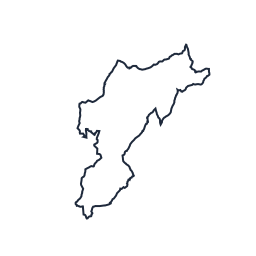 Sovarna, Mehedinti, Romania, rotated 113°
{"feature_id": "2599482B60135611715563", "entity_name": "Sovarna", "entity_type": "district", "adm_level": 2, "iso_a3": "ROU", "parent_name": "Romania", "parent_adm1": "Mehedinti", "projection": "orthographic", "projection_center": [22.8, 44.85], "detail": "fine", "context": "isolated", "style": "outline", "palette": "slate", "viewbox_px": 256, "rotation_deg": 113, "n_neighbors": 0, "source": "geoboundaries", "source_scale": "gbopen_adm2", "svg_char_len": 5840}
<svg xmlns="http://www.w3.org/2000/svg" viewBox="0 0 256 256"><g transform="rotate(113 128 128)"><path d="M151.9,170.0L150.7,167.1L151.9,165.4L153.0,164.9L153.5,165.3L153.1,162.5L151.2,163.5L150.2,163.8L149.0,164.3L146.7,165.8L145.3,166.3L145.0,165.7L145.1,165.3L144.8,164.8L145.6,164.4L145.6,163.6L146.1,162.5L145.5,160.6L146.3,160.2L146.5,159.2L146.9,158.3L146.9,157.2L147.3,156.9L147.4,156.1L146.9,156.0L145.7,156.3L145.3,156.2L144.7,155.6L142.8,155.5L142.0,153.2L144.2,152.9L149.2,152.8L150.5,152.4L150.9,151.3L152.8,150.5L153.7,150.6L154.7,151.3L156.4,152.6L157.4,152.2L157.6,151.8L158.9,148.2L163.8,146.4L163.1,143.9L163.6,142.7L165.8,140.9L168.1,141.9L168.9,142.4L170.2,143.6L171.8,143.8L173.1,144.4L174.2,144.7L174.8,144.6L175.4,144.7L176.6,144.5L177.0,144.9L177.4,146.9L178.8,148.1L179.5,148.5L181.1,149.9L182.7,151.1L183.0,150.9L185.1,150.2L186.4,150.1L188.8,149.5L190.2,149.8L190.7,150.3L191.8,150.9L192.4,151.0L194.0,150.4L197.7,149.5L198.7,148.9L201.5,145.5L204.1,145.3L205.0,145.2L205.5,144.8L207.5,144.7L209.1,144.2L211.6,144.6L213.7,145.7L215.7,146.1L216.2,146.7L216.6,146.7L217.2,147.0L218.2,146.6L218.6,146.3L218.8,145.3L219.5,144.8L219.1,144.4L219.2,143.9L219.3,142.9L219.1,142.4L219.2,141.3L218.8,140.4L217.9,139.2L217.8,138.9L225.0,135.1L224.8,133.9L224.9,133.3L225.5,132.5L227.0,131.2L227.4,130.5L226.9,129.9L225.6,129.6L224.8,129.2L224.2,128.6L223.8,127.6L223.4,127.4L222.3,127.6L221.8,127.9L221.0,127.5L220.3,127.5L219.1,129.2L217.7,129.2L216.1,129.5L215.0,129.5L214.0,129.3L213.4,128.3L212.6,127.6L210.9,123.5L208.4,119.3L208.4,119.0L205.8,115.7L204.3,114.5L203.9,114.9L204.4,115.4L204.1,115.5L203.5,115.2L203.3,114.7L203.0,114.8L200.9,114.4L199.6,114.4L198.5,113.5L194.9,112.6L192.3,112.6L188.5,111.1L186.8,111.4L186.6,110.1L184.2,109.0L184.4,107.6L181.8,106.1L180.0,106.5L179.6,107.2L179.0,107.1L178.2,107.4L177.9,107.3L177.4,107.5L176.2,107.1L175.4,107.4L175.1,107.0L174.3,106.7L174.6,106.2L172.9,106.2L172.3,105.3L171.0,105.2L170.5,104.6L170.3,104.2L169.7,104.0L169.0,105.0L168.6,105.1L168.1,105.8L167.6,106.0L166.5,107.4L165.8,108.4L165.7,109.1L165.2,109.7L164.9,109.8L164.3,110.6L163.5,111.1L162.4,113.0L162.0,115.5L161.6,115.9L161.5,116.8L160.8,118.6L160.4,119.4L159.7,119.8L159.2,120.2L157.8,120.9L155.4,122.3L154.0,121.1L153.0,121.0L151.9,121.4L150.9,121.4L149.9,120.8L149.5,120.1L148.6,120.1L147.0,119.6L144.4,119.5L143.8,119.4L142.1,119.6L139.3,118.9L136.4,117.7L135.0,117.4L134.2,117.0L130.3,114.6L129.1,114.4L128.0,113.9L127.1,113.7L126.5,113.4L125.2,113.6L124.5,113.2L124.5,112.9L123.8,113.0L122.8,112.8L119.6,113.1L117.8,113.1L117.0,112.9L116.9,112.4L115.9,112.3L115.2,112.3L115.0,112.1L114.7,112.4L114.6,112.1L114.3,112.1L112.9,113.1L111.2,113.9L111.1,114.0L111.2,114.4L110.9,114.5L110.6,114.5L110.2,114.3L109.3,113.9L107.8,113.9L105.1,112.6L104.2,111.7L103.8,111.5L103.0,111.3L102.4,111.2L102.0,111.3L101.1,111.0L99.4,110.3L101.7,108.6L102.6,107.7L104.0,106.8L105.3,105.2L106.5,104.2L106.6,103.9L106.7,103.2L107.2,102.4L108.4,101.5L110.1,100.8L111.2,100.1L112.1,99.3L109.5,99.0L108.0,99.5L106.9,99.4L105.0,99.0L104.1,98.6L103.6,98.1L102.4,97.5L101.9,97.0L100.4,95.9L98.4,95.1L96.9,94.8L93.2,95.6L90.2,95.6L88.2,95.3L85.9,95.4L85.4,95.8L84.9,96.0L83.1,96.1L81.7,96.4L80.7,96.3L79.0,96.5L78.8,96.3L78.4,96.2L77.8,96.3L76.5,96.1L74.3,96.7L73.4,97.4L73.6,96.0L73.5,95.9L72.6,94.7L72.9,94.3L73.2,93.6L73.6,93.1L73.3,92.1L72.7,92.0L71.1,90.6L70.5,90.3L69.9,90.1L68.1,90.2L66.2,89.3L65.9,89.2L63.3,85.8L62.0,85.2L62.0,84.3L61.7,83.1L60.5,81.3L60.1,80.4L59.6,78.0L59.0,77.4L58.2,77.0L56.9,76.7L56.5,76.7L55.3,77.0L54.0,76.8L52.7,76.9L51.9,76.3L50.6,75.7L49.4,75.6L48.8,74.8L47.3,74.0L47.1,73.9L45.6,74.6L44.7,75.4L42.0,76.6L42.3,77.3L42.6,78.7L43.1,79.7L44.5,80.8L45.1,81.1L45.9,82.0L47.2,82.7L47.5,82.8L48.4,85.2L49.3,86.4L49.6,86.8L49.9,86.9L50.2,87.3L49.6,87.7L50.0,88.1L48.9,88.9L48.6,89.4L48.5,91.0L48.7,91.8L48.5,92.4L47.9,92.9L47.6,93.8L47.5,94.3L47.1,94.4L46.3,94.0L44.8,94.1L43.3,94.0L42.7,94.3L42.1,94.2L41.4,94.5L41.1,94.9L40.8,96.4L40.3,96.9L40.3,97.2L39.9,97.3L40.0,97.7L39.8,98.0L38.6,98.8L36.6,101.0L35.5,101.3L31.7,103.8L30.8,104.9L30.4,105.3L30.2,105.6L28.9,106.5L28.6,106.8L28.6,107.1L30.8,107.2L31.4,107.2L31.8,106.9L33.7,106.3L34.5,106.4L35.6,107.4L36.2,107.5L37.7,107.4L38.3,107.6L39.1,109.0L40.5,110.3L40.6,112.0L40.9,112.5L41.6,114.2L43.4,115.3L43.6,115.5L43.7,115.8L44.1,116.1L45.4,116.6L45.8,117.1L46.2,117.4L48.0,117.4L48.2,117.5L50.0,119.7L50.8,121.2L51.2,121.5L53.1,122.3L53.4,122.5L54.0,123.9L54.1,124.4L54.5,124.9L55.1,125.5L56.2,125.6L57.0,126.0L57.4,126.0L57.9,126.3L59.2,127.7L59.5,128.5L59.4,128.9L60.7,129.6L61.4,129.8L63.3,130.9L65.1,132.8L66.3,134.4L67.0,135.0L68.7,137.6L68.9,138.4L68.9,139.3L69.2,140.1L69.2,140.8L68.9,142.6L68.5,143.2L68.2,144.3L67.7,144.6L67.7,144.8L68.9,147.6L70.1,148.5L71.3,148.9L71.5,149.3L72.3,149.7L72.5,149.9L71.8,150.3L72.6,151.8L72.3,152.7L71.5,154.1L70.6,155.2L69.8,157.1L69.5,159.0L69.7,160.4L69.4,161.1L69.4,161.5L69.9,163.7L71.1,163.8L72.0,163.6L73.0,163.7L74.6,163.5L78.6,164.5L82.3,164.7L83.1,165.0L83.6,165.4L84.7,165.5L85.4,166.1L86.2,165.8L88.0,166.1L88.9,166.5L91.7,166.7L92.7,166.9L94.5,167.0L95.5,167.1L95.9,167.2L96.2,167.0L97.0,166.8L97.3,166.6L97.2,166.4L97.8,166.5L99.0,166.1L100.1,166.2L101.3,165.6L101.9,165.6L102.8,164.9L103.6,164.8L104.2,164.3L106.8,163.6L107.1,163.8L107.8,163.7L108.3,164.0L108.5,164.0L110.3,165.6L111.9,166.5L115.4,168.4L117.1,169.8L118.0,170.9L118.0,172.9L118.0,173.6L118.1,174.4L118.2,174.8L118.1,175.4L121.3,177.0L121.7,178.7L121.8,180.1L122.1,180.5L124.0,181.3L124.1,181.6L124.5,182.1L125.5,181.9L127.6,181.1L129.0,179.5L129.9,178.9L131.1,178.6L131.5,178.4L132.6,178.2L135.2,176.8L136.6,176.5L137.9,176.4L138.8,176.0L140.5,175.7L141.4,175.3L142.3,174.4L145.6,174.5L147.9,174.4L148.9,172.0L149.5,171.2L150.0,170.9L150.9,170.7L151.9,170.0Z" fill="none" stroke="#1e293b" stroke-width="2"/></g></svg>